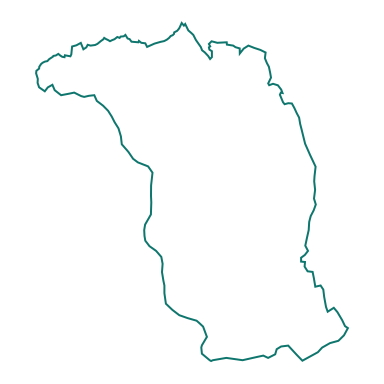 outline of Kato Drys, Larnaca, Cyprus
{"feature_id": "46923920B44987911839727", "entity_name": "Kato Drys", "entity_type": "district", "adm_level": 2, "iso_a3": "CYP", "parent_name": "Cyprus", "parent_adm1": "Larnaca", "projection": "equal_earth", "projection_center": [33.295, 34.838], "detail": "fine", "context": "isolated", "style": "outline", "palette": "teal", "viewbox_px": 384, "rotation_deg": 0, "n_neighbors": 0, "source": "geoboundaries", "source_scale": "gbopen_adm2", "svg_char_len": 2648}
<svg xmlns="http://www.w3.org/2000/svg" viewBox="0 0 384 384"><path d="M36.4,70.8L36.1,73.3L37.8,78.9L37.6,82.9L39.1,87.3L44.8,91.3L47.8,87.4L52.4,84.8L54.7,90.2L61.1,95.2L69.0,93.7L74.2,92.6L81.2,96.1L84.2,96.9L88.9,95.8L94.3,95.2L96.8,100.9L103.1,105.7L108.1,110.8L111.7,116.5L114.6,122.2L118.5,128.4L120.9,136.4L121.8,144.3L128.4,151.9L133.1,158.8L137.9,162.4L148.1,166.4L152.5,172.7L151.1,185.4L151.0,195.9L151.3,202.4L150.9,214.5L145.1,224.6L144.2,230.1L144.5,236.0L145.3,240.7L149.5,246.2L156.1,250.9L161.3,256.9L162.6,263.8L162.0,272.1L163.4,280.7L164.4,285.5L164.4,293.2L165.9,303.7L172.4,309.9L179.3,315.2L187.6,318.1L196.6,320.7L198.9,322.7L203.1,326.6L206.9,336.9L201.9,345.3L201.3,347.5L201.9,353.7L209.8,360.3L211.1,361.0L212.9,360.2L226.3,357.9L242.6,360.2L256.8,357.0L263.3,355.6L268.1,357.9L275.2,354.3L276.7,349.2L281.1,346.5L288.2,345.6L296.6,354.7L302.4,360.7L317.9,352.2L322.1,347.6L330.0,343.1L338.4,340.8L344.0,335.3L347.9,328.1L345.0,326.1L342.2,320.2L337.4,312.1L333.8,307.8L327.7,311.7L326.0,306.9L324.2,297.0L323.3,289.6L320.6,285.5L315.3,286.7L313.9,278.3L312.6,271.9L307.6,271.3L304.6,266.6L305.0,262.0L301.1,261.6L301.1,257.7L304.8,255.0L308.0,250.9L305.3,245.7L306.9,238.1L308.7,230.1L309.2,221.9L310.7,216.1L313.7,210.3L315.8,204.5L314.0,198.6L315.1,189.9L314.2,181.4L314.5,176.3L315.6,166.7L310.0,154.8L305.1,143.7L301.5,129.1L300.2,124.1L299.1,117.6L296.8,113.3L294.3,107.9L291.9,103.5L288.3,103.2L284.6,104.2L283.0,102.2L279.9,94.7L280.8,92.7L282.5,93.0L281.2,89.6L277.9,85.3L273.0,83.8L269.2,85.2L268.2,83.4L271.0,77.6L270.1,72.5L268.9,66.8L266.9,63.1L264.9,58.2L265.6,52.5L260.3,49.9L254.2,47.9L248.4,45.6L243.7,48.6L239.8,53.5L239.7,48.4L235.5,47.2L233.2,45.6L226.9,44.6L226.7,42.3L222.8,42.5L217.3,42.8L211.6,41.3L208.9,44.0L210.2,46.4L208.9,47.3L209.4,49.6L211.9,51.2L211.9,57.1L210.1,59.0L208.2,56.0L204.7,52.3L202.1,50.3L200.8,47.0L195.9,40.0L193.3,34.9L191.3,33.0L188.3,30.4L185.2,24.0L183.9,25.6L181.7,23.0L180.2,26.3L179.1,28.5L177.2,30.8L174.2,32.4L174.0,33.9L172.7,35.2L170.7,36.0L169.1,37.9L166.8,39.7L164.1,41.1L160.4,41.9L154.5,43.6L147.1,46.9L145.3,43.3L141.3,42.8L138.9,40.9L138.4,42.3L131.5,41.7L129.6,39.1L127.6,38.5L125.4,34.9L123.8,36.3L120.6,36.6L119.6,37.9L117.3,37.0L114.5,39.2L112.0,40.2L110.0,41.2L108.2,40.1L105.9,39.0L104.2,37.9L103.2,39.4L100.8,41.1L97.4,43.9L95.1,45.0L90.6,45.6L87.7,44.8L86.3,47.4L83.4,49.3L80.8,42.9L76.4,45.3L72.1,46.5L71.3,54.4L70.4,56.3L64.9,55.3L64.5,57.2L62.2,56.8L60.2,55.5L58.3,53.9L55.8,55.5L53.4,55.9L52.8,56.8L51.5,57.6L49.1,59.2L47.4,61.1L44.9,61.6L42.7,62.7L41.1,64.0L39.3,66.7L39.1,68.6L36.4,70.8Z" fill="none" stroke="#0f766e" stroke-width="2"/></svg>